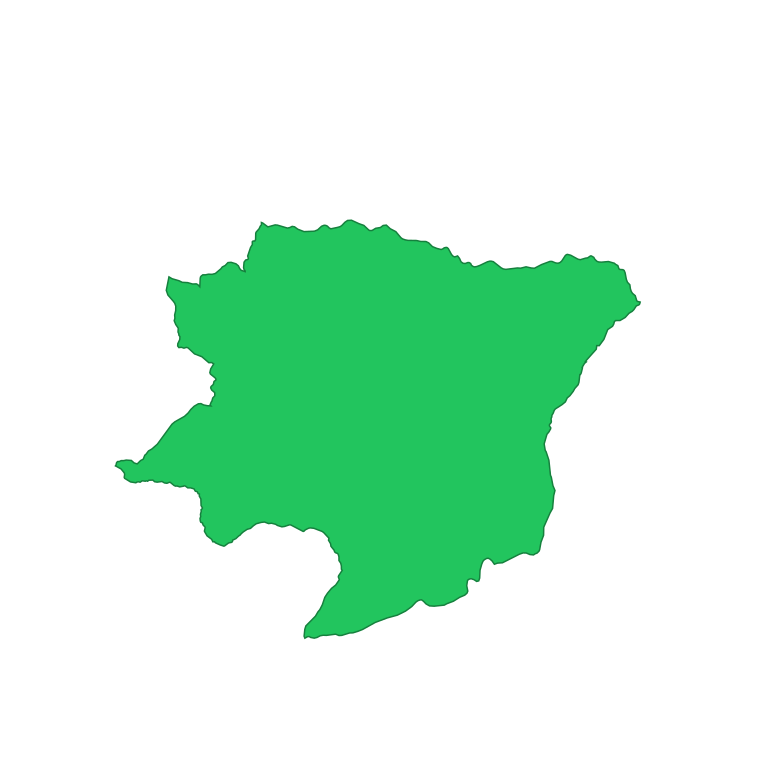 El Colegio, Cundinamarca, Colombia (Robinson projection), rotated 45°
{"feature_id": "7082276B60890282056473", "entity_name": "El Colegio", "entity_type": "district", "adm_level": 2, "iso_a3": "COL", "parent_name": "Colombia", "parent_adm1": "Cundinamarca", "projection": "robinson", "projection_center": [-74.434, 4.561], "detail": "fine", "context": "isolated", "style": "filled", "palette": "green", "viewbox_px": 768, "rotation_deg": 45, "n_neighbors": 0, "source": "geoboundaries", "source_scale": "gbopen_adm2", "svg_char_len": 6170}
<svg xmlns="http://www.w3.org/2000/svg" viewBox="0 0 768 768"><g transform="rotate(45 384 384)"><path d="M226.7,325.2L219.7,332.8L213.6,335.5L209.6,336.1L207.6,337.5L206.7,340.1L205.5,342.0L196.3,347.0L194.5,348.5L190.8,355.0L184.5,355.9L183.1,356.5L184.5,357.8L184.9,358.7L184.9,359.9L185.9,362.5L186.2,367.0L186.7,368.1L191.1,372.7L191.5,374.3L190.3,375.5L190.3,376.6L192.3,378.5L193.1,381.8L197.1,389.9L199.3,391.1L199.5,391.6L199.6,392.3L198.5,394.2L198.9,396.8L202.4,401.0L204.1,402.0L205.9,402.2L206.4,402.7L202.7,404.6L200.2,404.4L197.5,403.4L194.3,403.7L189.8,406.1L187.8,408.5L187.9,412.5L186.9,415.6L187.2,417.9L186.6,425.1L184.9,428.0L182.2,430.5L180.6,433.0L178.7,434.9L178.4,436.8L178.6,438.1L179.3,439.2L185.0,445.5L182.0,445.4L180.5,445.9L178.0,448.6L173.4,451.2L169.4,454.8L166.1,455.9L159.7,459.4L156.2,460.3L163.8,471.7L168.3,473.9L176.8,474.5L179.0,474.9L181.7,476.2L184.8,479.4L187.2,483.3L189.6,485.3L190.9,487.6L194.7,489.2L199.0,490.0L201.6,492.9L203.4,493.6L204.4,494.5L206.2,494.8L208.1,496.9L209.7,501.3L211.2,503.0L213.2,503.3L214.8,501.3L217.2,500.1L218.4,497.8L219.9,497.0L228.7,496.7L235.9,493.5L245.1,492.8L247.0,490.7L249.4,490.2L250.8,495.9L252.8,499.1L254.2,499.7L260.2,499.1L261.6,499.3L262.3,500.1L262.0,502.4L263.6,505.0L263.5,508.1L264.2,509.3L266.4,510.1L270.4,509.8L272.7,512.0L272.8,515.0L274.5,518.0L274.6,519.0L275.8,521.8L277.1,521.9L274.5,524.2L271.2,526.4L268.4,527.3L266.7,529.3L265.5,533.9L265.4,538.5L266.0,543.0L265.8,548.0L262.9,558.3L262.5,562.3L266.3,586.9L265.8,594.2L264.8,597.9L265.4,602.1L265.2,603.5L266.9,607.4L266.0,610.3L266.0,615.0L263.2,616.5L259.4,616.7L255.5,620.1L254.0,622.4L252.3,624.1L251.7,625.8L250.4,627.3L250.6,628.9L251.8,630.7L252.0,631.8L258.1,630.0L263.2,630.5L264.6,631.4L266.3,633.7L267.3,634.1L274.0,632.5L278.4,629.3L278.7,627.9L279.7,626.6L281.0,625.9L281.5,623.4L284.0,621.5L284.4,620.5L285.6,619.9L285.8,618.3L288.5,615.4L290.9,615.3L293.0,613.8L296.0,609.9L298.7,609.2L300.7,607.7L301.8,605.2L302.3,604.7L307.3,604.2L308.7,603.7L309.9,602.4L312.3,601.2L314.5,598.0L314.6,597.3L315.9,596.6L318.7,596.2L320.7,594.2L323.8,592.5L326.3,593.2L328.3,592.2L330.1,593.0L331.2,592.3L332.7,593.9L335.8,594.8L340.6,599.3L343.2,600.0L343.6,600.7L343.6,602.4L344.7,603.1L346.4,606.0L348.1,607.3L349.0,609.2L351.0,610.8L352.3,611.3L353.9,610.6L355.7,611.6L358.4,611.7L359.1,612.0L361.0,615.0L362.1,615.4L366.3,616.5L371.9,615.7L374.6,616.6L375.7,615.4L377.1,615.5L382.1,613.6L385.4,611.9L385.8,611.2L386.5,606.3L388.3,603.6L388.2,602.5L387.4,601.5L388.6,598.1L388.7,594.3L389.1,592.5L388.9,590.8L389.1,587.9L390.0,583.5L391.7,580.5L391.9,576.5L392.5,573.1L395.1,568.6L397.1,566.1L401.1,564.3L402.9,562.0L406.6,559.8L408.6,559.4L412.8,557.2L414.4,555.1L416.7,550.5L417.7,549.6L431.1,545.4L431.5,544.7L431.5,542.7L432.7,539.2L433.6,537.9L436.5,535.6L444.5,532.0L446.5,531.7L454.1,532.0L455.2,533.7L459.1,534.7L461.3,536.3L466.2,536.8L467.8,537.6L469.0,537.6L470.9,536.7L472.0,536.8L474.4,538.1L477.0,540.7L480.1,541.3L482.5,542.8L484.9,545.1L486.2,545.3L487.5,551.7L488.1,552.7L490.7,553.9L491.0,555.0L492.0,560.3L491.4,565.6L492.0,572.0L493.0,576.7L496.5,583.7L498.2,589.0L498.4,591.7L499.7,596.6L499.8,610.3L501.5,613.5L505.8,618.8L507.8,619.7L508.6,616.7L509.2,616.0L509.9,615.4L511.3,615.1L514.4,613.0L515.9,610.5L516.9,607.2L518.6,604.7L521.0,602.5L526.7,595.1L530.0,593.7L531.9,591.6L535.7,584.4L538.0,581.9L540.4,577.4L542.4,572.8L546.4,558.8L551.7,547.1L556.9,538.0L559.8,529.4L561.0,521.7L560.8,515.7L561.2,513.3L562.1,511.4L563.1,510.1L565.5,509.7L569.2,509.8L573.1,508.7L576.6,505.6L583.0,497.7L583.8,494.9L586.7,488.5L588.3,481.4L590.4,476.2L590.6,473.3L589.7,471.2L585.1,468.1L582.2,464.2L581.9,463.3L582.2,461.8L583.3,460.1L586.0,458.7L589.1,458.1L590.2,456.2L588.9,453.6L583.6,447.8L580.4,442.1L579.3,439.3L579.2,437.3L579.9,434.8L580.9,433.5L582.6,432.9L585.5,432.7L589.5,433.4L590.9,430.4L594.2,426.6L600.1,408.6L601.8,405.1L604.1,402.9L607.8,401.4L610.6,399.1L610.9,397.3L611.8,395.3L611.8,392.5L611.2,391.1L606.9,384.9L603.8,378.1L598.3,372.4L597.8,371.3L592.6,357.8L591.2,352.8L582.9,342.9L580.2,338.4L575.3,336.4L568.2,331.6L566.2,330.8L554.5,321.3L546.6,317.3L544.9,316.9L539.6,313.1L534.8,304.4L534.5,301.3L533.5,297.8L532.8,297.0L530.8,296.7L530.1,296.2L529.7,295.6L529.5,293.2L528.8,292.1L527.2,290.9L526.3,289.8L526.0,288.7L524.9,287.5L524.2,284.8L523.0,282.2L522.8,280.4L524.5,272.6L524.9,268.4L523.4,264.3L523.7,260.8L523.0,255.4L522.1,252.3L521.8,247.3L520.6,244.9L515.8,238.8L516.2,238.4L515.7,236.8L512.9,232.2L512.4,232.2L512.1,231.1L511.2,227.6L511.4,225.4L510.6,225.7L510.3,223.6L509.5,209.3L507.3,206.4L509.1,204.7L507.9,196.9L503.7,187.3L504.8,181.6L504.1,179.2L502.8,177.0L502.9,175.4L506.0,172.2L507.5,166.4L507.2,160.8L508.1,157.2L508.1,154.7L507.2,150.3L508.3,147.8L508.2,146.6L507.2,144.9L504.8,146.4L503.7,146.3L499.2,143.9L495.6,144.2L493.4,143.7L491.0,142.5L487.7,140.0L484.2,139.9L481.3,138.6L475.9,134.9L473.5,133.9L472.1,134.2L469.8,136.2L468.6,136.4L465.6,134.9L463.2,135.6L461.5,135.7L456.1,138.7L451.6,144.1L449.4,146.0L447.7,146.7L444.8,146.7L442.8,146.1L440.1,146.8L439.4,147.5L438.8,150.8L437.5,152.5L434.9,157.3L432.9,158.6L425.0,160.9L422.1,162.6L421.5,163.6L421.4,165.1L422.7,171.3L422.6,173.6L421.7,175.5L419.8,177.0L416.0,178.6L414.7,179.9L411.0,188.0L408.5,195.8L406.0,197.9L401.6,200.7L398.7,205.5L396.3,207.6L389.1,216.8L387.0,218.3L384.8,219.0L374.8,220.2L373.0,221.3L371.9,222.4L370.7,224.5L367.9,232.4L366.6,235.2L365.2,237.2L363.6,238.0L361.9,238.2L360.0,237.5L358.2,238.0L357.4,238.8L356.2,241.4L354.4,242.8L352.0,243.1L348.6,241.8L345.5,241.4L344.1,244.2L342.4,244.8L340.2,244.7L333.8,242.8L332.2,242.9L331.4,243.4L330.3,245.1L330.0,247.0L329.3,248.5L325.4,250.8L321.1,252.6L315.8,252.6L312.9,253.6L309.1,257.3L305.6,259.5L299.4,265.5L297.2,267.0L294.5,268.3L292.4,268.6L284.6,267.9L278.6,269.8L273.3,270.0L271.3,272.5L270.8,275.9L268.0,279.8L267.0,283.9L265.5,285.5L264.4,285.9L257.6,286.1L253.0,288.3L245.2,291.2L242.6,294.1L242.0,297.2L242.1,301.8L241.7,303.8L240.3,306.3L236.7,311.8L235.0,312.4L232.3,312.4L230.7,313.0L229.4,314.1L228.3,316.6L228.1,321.9L226.7,325.2Z" fill="#22c55e" stroke="#15803d" stroke-width="1.5"/></g></svg>